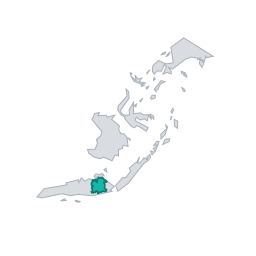 Indonesia, with Sumatera Selatan highlighted, rotated 301°
{"feature_id": "IDN-1230", "entity_name": "Sumatera Selatan", "entity_type": "Province", "adm_level": 1, "iso_a3": "IDN", "parent_name": "Indonesia", "parent_adm1": "", "projection": "natural_earth1", "projection_center": [104.141, -3.318], "detail": "fine", "context": "in_parent", "style": "filled", "palette": "teal", "viewbox_px": 256, "rotation_deg": 301, "n_neighbors": 0, "source": "natural_earth", "source_scale": "10m", "svg_char_len": 7141}
<svg xmlns="http://www.w3.org/2000/svg" viewBox="0 0 256 256"><g transform="rotate(301 128 128)"><path d="M88.8,104.4L92.8,110.7L98.9,109.9L101.9,106.9L107.3,108.7L111.4,107.5L116.7,92.8L123.3,92.0L126.5,95.5L123.1,95.9L127.8,102.9L126.5,104.4L132.1,110.0L127.1,109.4L125.5,119.4L121.7,120.9L119.5,124.8L120.9,127.6L119.4,132.0L112.2,137.6L110.6,132.6L107.6,133.8L104.5,131.0L99.1,134.3L98.3,130.8L91.7,131.2L90.4,122.1L87.1,119.6L85.6,113.4L86.2,107.3L88.8,104.4ZM22.1,85.5L32.9,87.4L46.6,103.6L48.3,104.8L49.0,103.2L58.2,112.2L56.0,114.1L61.2,113.7L60.1,118.4L64.4,120.8L66.6,126.5L65.7,129.2L69.2,128.0L72.2,131.9L70.8,146.4L65.7,144.9L65.5,146.9L51.5,132.2L45.6,119.7L40.3,113.4L37.7,105.3L23.8,90.3L22.1,85.5ZM233.9,129.3L233.3,164.1L228.9,159.2L229.5,157.7L223.8,159.4L224.7,155.9L223.2,154.1L223.8,153.9L224.7,154.0L225.2,153.8L222.6,152.4L223.8,152.0L221.5,145.7L216.6,141.8L201.4,135.7L200.8,131.6L198.7,136.2L196.5,137.0L195.8,132.9L192.2,130.2L200.2,129.3L201.2,126.5L193.8,127.3L192.0,123.6L187.7,122.9L188.9,119.9L194.2,117.2L201.5,119.3L202.5,127.6L207.3,133.3L219.2,123.2L233.9,129.3ZM159.4,109.9L154.2,113.6L139.5,112.4L137.7,113.8L137.1,118.3L139.9,122.6L144.1,119.7L152.7,119.4L143.1,125.3L147.4,130.9L147.2,134.7L150.0,138.8L144.1,140.8L144.2,137.2L140.9,134.1L141.6,130.0L139.8,129.6L138.0,131.1L138.7,145.2L134.6,145.3L135.0,136.9L134.3,134.1L131.5,133.5L131.1,129.9L134.5,120.1L136.1,119.9L135.5,115.8L138.0,110.1L141.8,108.2L155.0,110.7L160.4,106.2L159.4,109.9ZM72.3,147.0L82.7,149.0L84.3,151.7L92.4,152.5L94.3,149.7L102.2,152.4L104.3,156.3L110.8,157.0L110.6,160.3L111.5,162.3L105.4,159.7L80.8,156.7L68.5,151.9L72.3,147.0ZM172.6,110.7L177.0,106.9L175.0,111.3L178.0,114.1L173.3,113.7L175.8,120.1L172.4,116.6L171.2,109.2L174.0,103.5L172.6,110.7ZM174.7,130.6L185.7,132.0L186.7,135.9L182.3,133.1L176.2,133.8L174.4,132.2L173.3,134.0L174.7,130.6ZM149.4,161.4L141.3,163.2L135.6,161.9L139.4,159.4L147.3,161.5L150.0,158.7L149.4,161.4ZM126.2,158.9L131.6,159.7L132.5,161.7L121.7,163.5L123.5,160.1L127.2,162.0L128.4,161.3L126.2,158.9ZM159.2,163.2L159.4,167.1L153.2,170.5L153.6,166.8L159.2,163.2ZM72.2,124.2L73.7,128.5L75.8,129.1L75.1,131.7L72.0,130.4L71.0,127.0L68.0,126.2L69.5,123.7L72.2,124.2ZM222.1,159.6L218.0,160.2L220.1,155.8L223.3,154.9L224.3,156.5L222.1,159.6ZM136.6,165.5L139.0,167.4L140.2,169.4L137.6,170.2L131.7,166.3L136.6,165.5ZM168.5,131.8L170.2,134.7L167.7,135.8L164.8,133.6L164.9,131.9L168.5,131.8ZM111.0,159.0L116.7,160.3L114.1,162.7L111.0,159.0ZM120.0,159.2L120.8,162.9L117.4,162.4L120.0,159.2ZM82.2,129.7L79.4,132.5L79.7,129.0L82.2,129.7ZM204.1,144.4L204.7,149.0L203.4,149.2L202.4,145.9L204.1,144.4ZM109.2,152.6L104.9,154.0L103.0,153.2L109.2,152.6ZM151.4,139.7L151.4,143.8L148.9,145.6L149.9,140.0L151.4,139.7ZM30.7,107.6L34.6,110.1L34.1,112.3L30.7,107.6ZM40.3,124.8L38.8,123.9L38.1,120.5L39.2,120.4L40.3,124.8ZM188.9,158.1L188.0,156.5L190.4,153.4L190.3,156.1L188.9,158.1ZM184.8,115.7L189.3,116.8L184.2,116.4L184.8,115.7ZM157.2,124.2L161.4,125.3L156.8,125.2L157.2,124.2ZM149.5,141.7L147.3,143.8L149.2,140.0L149.5,141.7ZM208.0,118.8L210.4,119.2L212.6,121.1L210.5,121.6L208.0,118.8ZM168.0,156.4L166.5,157.9L163.3,158.1L164.2,156.3L168.0,156.4ZM203.8,149.8L202.8,152.0L201.7,151.9L201.9,148.4L203.8,149.8ZM174.5,124.2L171.8,124.5L171.0,123.8L172.2,122.4L174.5,124.2ZM208.4,123.8L211.8,124.1L215.0,124.9L211.9,125.4L208.4,123.8ZM150.3,121.6L153.0,123.0L150.2,123.8L150.3,121.6ZM176.7,103.4L174.8,103.0L176.6,101.4L176.7,103.4ZM156.8,160.4L159.9,159.1L160.2,159.9L156.8,160.4ZM184.7,124.3L184.2,126.2L181.9,125.3L183.0,124.7L184.7,124.3ZM119.7,135.4L118.5,136.7L119.5,132.7L119.7,135.4ZM171.8,117.0L173.3,119.6L172.7,120.0L170.6,118.0L171.8,117.0Z" fill="#d9dde1" stroke="#a8b0b8" stroke-width="1"/><path d="M65.2,124.6L65.2,124.8L65.0,125.2L64.9,125.4L65.0,125.5L65.1,125.3L65.2,125.2L65.3,125.2L65.4,125.3L65.5,125.4L65.6,125.5L65.6,125.9L65.4,126.1L65.5,126.1L65.7,125.9L65.8,125.9L65.8,126.2L66.0,126.1L66.3,126.0L66.5,126.0L66.8,126.4L66.8,126.7L66.8,126.9L66.7,127.1L66.5,127.3L66.2,127.8L65.9,127.8L65.7,127.9L65.5,128.1L65.8,128.0L66.0,128.0L66.1,128.4L66.1,128.6L66.0,129.0L65.9,129.1L65.6,129.2L65.5,129.3L65.3,129.5L65.2,129.7L65.2,129.8L65.2,130.1L65.3,129.9L65.4,129.6L65.5,129.5L65.6,129.4L66.0,129.3L66.1,129.2L66.3,128.6L66.3,128.3L66.3,128.2L66.5,127.9L66.6,127.6L66.8,127.5L66.9,127.9L67.0,128.0L67.0,127.9L67.2,127.7L67.3,127.8L67.5,127.9L67.5,128.0L67.7,127.9L67.8,127.9L67.9,128.0L68.0,128.0L68.3,127.9L68.5,127.8L68.8,128.0L69.1,128.0L69.5,128.1L69.8,128.1L70.1,128.1L70.3,128.2L70.3,128.4L70.2,128.5L70.1,128.8L70.2,129.2L70.3,129.4L70.4,129.5L70.5,129.5L70.8,129.6L71.0,129.9L71.0,130.6L71.1,130.8L71.2,131.0L71.4,131.1L71.6,131.1L71.8,131.1L72.0,131.2L72.1,131.3L72.2,131.6L72.2,132.0L72.2,132.3L72.3,132.4L72.3,132.5L72.3,132.8L72.0,133.0L71.8,133.1L71.6,133.3L71.5,133.5L71.4,133.8L71.1,135.0L71.3,135.3L71.7,135.6L71.7,135.8L71.7,136.0L71.4,136.7L71.3,136.9L71.3,137.1L71.2,137.5L71.0,137.4L70.9,137.5L70.6,137.5L70.5,137.3L70.4,137.3L70.3,137.2L70.2,137.0L70.2,136.8L70.1,136.7L70.0,136.4L69.9,136.3L69.8,136.2L69.7,136.2L69.5,135.9L69.4,135.9L69.2,135.7L68.9,135.6L68.9,135.4L68.7,135.5L68.6,135.9L68.6,136.1L68.4,136.2L68.2,136.2L68.1,136.4L67.9,136.5L67.8,136.8L67.9,137.0L67.7,137.1L67.6,137.4L67.5,137.5L67.4,137.6L67.2,137.7L66.8,137.8L66.6,137.9L65.8,138.3L65.5,138.4L65.3,138.4L65.1,138.4L64.9,138.6L64.5,138.9L64.1,139.1L64.1,139.4L64.1,139.9L64.1,140.1L64.0,140.3L63.9,140.5L64.0,140.6L64.1,140.8L64.2,141.0L64.3,141.1L64.2,141.4L64.1,141.5L63.8,141.5L63.7,141.5L63.4,141.7L63.1,141.8L62.6,141.8L62.4,141.7L62.2,141.7L62.0,141.4L62.0,141.2L61.9,141.2L61.6,141.0L61.6,140.9L61.4,140.8L61.4,140.6L61.3,140.1L61.2,140.0L61.2,139.8L61.0,139.6L61.0,139.4L60.9,138.9L60.8,138.7L60.5,138.7L60.4,138.7L60.2,138.5L59.9,138.5L59.7,138.4L59.3,138.2L59.1,138.1L58.9,138.0L58.9,137.6L58.8,137.1L58.7,137.0L58.7,136.9L58.1,136.8L57.8,136.7L57.7,136.7L57.4,136.7L57.2,136.6L56.9,136.3L56.8,136.2L56.7,136.1L56.5,135.9L56.4,135.8L56.4,135.7L56.6,135.6L57.3,135.0L57.4,134.9L57.5,134.9L57.6,134.7L57.5,134.4L57.8,134.5L58.0,134.5L58.1,134.4L58.2,133.9L58.1,133.7L57.8,133.4L57.5,133.4L57.4,133.3L57.2,133.1L57.1,132.9L56.9,132.9L56.6,133.1L56.5,133.3L56.4,133.3L56.1,133.2L55.9,133.0L55.7,132.8L55.6,132.7L55.7,132.3L55.7,132.2L55.4,131.8L55.2,131.7L55.0,131.8L54.9,131.8L54.8,131.7L54.6,131.7L54.4,131.5L54.4,131.4L54.5,131.4L54.5,131.2L54.4,131.0L54.2,130.8L54.1,130.7L54.0,130.4L53.9,130.3L53.8,130.2L54.0,129.9L54.3,129.8L54.5,129.7L54.7,129.4L54.8,129.6L55.1,129.6L55.3,129.8L55.5,129.9L55.8,129.9L56.1,129.8L56.3,129.7L56.6,129.4L56.8,129.2L56.8,129.3L57.0,129.2L57.4,128.5L57.5,128.4L57.4,128.3L57.4,128.2L57.4,127.9L57.5,127.9L57.9,128.0L58.0,128.0L58.3,128.0L58.5,128.1L58.9,128.0L59.0,128.0L59.0,127.9L59.0,127.7L58.9,127.5L58.9,127.4L59.0,127.2L59.3,127.1L59.4,127.3L59.5,127.5L60.0,128.1L60.2,127.9L60.2,127.7L60.2,127.4L60.3,127.2L60.5,127.2L60.5,126.9L60.5,126.6L60.5,126.0L60.5,125.9L62.2,124.9L62.3,124.9L62.5,124.9L63.3,125.1L63.5,125.1L63.8,125.1L64.2,124.9L64.3,124.8L64.4,124.5L64.5,124.4L65.0,124.6L65.2,124.6Z" fill="#14b8a6" stroke="#0f766e" stroke-width="1.5"/></g></svg>